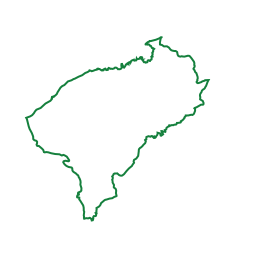 Bazartete, Liquica, East Timor, rotated 339°
{"feature_id": "22284137B77878310699205", "entity_name": "Bazartete", "entity_type": "district", "adm_level": 2, "iso_a3": "TLS", "parent_name": "East Timor", "parent_adm1": "Liquica", "projection": "mercator", "projection_center": [125.444, -8.63], "detail": "fine", "context": "isolated", "style": "outline", "palette": "green", "viewbox_px": 256, "rotation_deg": 339, "n_neighbors": 0, "source": "geoboundaries", "source_scale": "gbopen_adm2", "svg_char_len": 5742}
<svg xmlns="http://www.w3.org/2000/svg" viewBox="0 0 256 256"><g transform="rotate(339 128 128)"><path d="M192.3,54.6L191.9,55.1L190.5,55.2L189.9,55.5L185.8,55.6L180.4,55.0L179.3,54.5L178.6,55.0L177.2,54.9L174.7,55.8L174.4,56.3L174.6,56.5L175.7,56.7L176.2,57.2L176.9,57.1L177.3,57.6L177.8,57.9L178.0,59.1L178.8,59.7L179.0,61.8L180.1,62.5L180.8,63.5L179.5,64.1L178.9,65.6L178.5,65.7L178.1,66.4L177.6,66.6L177.8,67.0L177.3,67.8L177.3,68.3L176.4,69.1L176.5,69.6L175.7,69.8L175.9,70.1L175.5,70.1L175.6,70.4L175.1,71.0L174.8,72.1L174.4,72.5L173.4,72.6L172.7,73.0L172.5,73.3L172.3,73.2L171.7,72.2L171.1,72.0L170.1,72.6L169.6,73.5L167.9,73.3L167.6,72.6L166.6,72.4L166.4,72.1L166.4,70.9L166.0,70.5L165.8,69.7L165.8,69.4L166.2,69.3L165.7,69.1L165.5,68.6L166.5,67.2L166.3,66.8L165.1,66.3L164.3,66.6L163.9,67.5L161.9,67.2L161.1,66.9L161.0,66.3L160.3,67.5L160.1,67.6L160.0,67.3L159.2,67.6L158.1,67.4L158.0,66.4L157.5,66.6L156.9,66.3L155.5,66.4L154.5,66.9L154.2,67.4L153.9,67.1L153.7,67.2L153.6,67.4L153.7,67.6L153.5,67.8L153.5,67.6L153.0,67.4L152.9,67.1L152.1,67.1L151.4,67.7L151.4,68.1L151.3,68.4L151.2,68.2L150.8,68.2L150.7,67.7L150.5,67.8L150.5,67.6L150.1,67.7L150.1,68.2L150.0,67.7L148.9,68.2L148.7,68.1L147.2,69.6L146.6,69.6L146.0,70.2L145.6,69.9L145.7,68.6L145.3,67.8L145.5,67.4L145.3,66.7L145.0,66.3L145.2,66.0L144.9,65.9L144.3,66.9L144.0,68.0L143.9,69.0L143.7,69.3L144.0,69.2L143.9,69.4L142.5,70.2L141.4,70.2L139.7,69.5L139.6,68.9L138.8,67.6L137.7,67.0L137.2,67.0L136.3,67.4L134.7,67.3L133.2,66.4L132.6,66.4L132.1,65.5L131.5,65.0L130.5,65.6L130.0,66.5L128.9,66.3L128.4,66.0L128.4,64.9L128.1,64.4L127.0,64.4L126.4,64.6L126.0,65.3L125.3,65.3L125.1,65.2L125.2,64.8L124.9,64.6L124.2,64.9L123.9,64.7L122.6,62.7L121.9,62.6L121.5,62.0L121.2,62.1L120.8,61.7L120.5,61.7L120.2,62.3L119.9,62.4L118.4,62.1L115.3,62.1L114.3,61.9L114.0,61.4L112.7,60.4L112.2,60.9L110.3,61.3L107.8,61.3L104.2,62.3L100.3,62.4L95.9,62.9L94.7,62.8L92.4,63.2L88.6,63.0L84.0,65.1L81.6,65.3L79.5,66.1L74.9,69.5L73.8,70.7L71.6,71.7L70.5,71.7L70.3,72.1L69.9,72.3L69.2,72.2L68.7,71.7L68.2,71.7L67.8,72.5L67.4,72.8L67.6,73.4L67.3,73.7L65.3,74.8L59.7,75.6L53.6,78.0L49.1,78.1L47.2,79.1L45.4,80.5L43.1,81.7L40.6,82.1L36.6,82.0L36.8,83.6L35.9,90.8L35.8,93.6L36.4,98.3L36.4,101.9L35.6,104.4L35.8,105.1L36.5,106.1L37.6,106.9L38.0,107.5L38.2,108.3L37.6,109.7L36.7,110.7L36.7,111.9L37.0,112.3L38.3,112.8L40.1,116.0L41.0,118.0L40.9,120.4L41.5,120.9L43.1,121.2L44.8,122.1L47.2,124.0L50.7,126.2L54.6,128.0L56.3,129.9L56.7,130.0L57.9,129.9L58.9,130.7L60.6,132.8L61.4,136.3L61.5,137.0L61.3,137.5L61.0,137.7L60.4,137.7L57.8,136.1L56.0,136.0L55.3,136.7L55.5,138.1L55.8,139.2L56.9,141.3L58.6,143.1L61.2,144.7L61.5,145.6L60.9,147.8L61.1,148.8L61.7,149.9L63.0,151.6L63.9,153.6L64.4,154.2L64.5,154.7L64.4,156.3L64.7,157.7L64.7,160.1L64.3,161.7L63.2,163.9L63.0,167.4L62.2,169.2L62.0,169.7L61.0,170.3L58.5,170.4L58.0,170.8L57.9,171.1L58.5,172.0L58.3,172.6L57.9,172.7L57.1,172.5L56.5,172.9L55.9,173.7L55.7,174.5L56.0,174.8L57.0,175.0L57.6,175.5L56.9,177.2L57.3,178.5L58.4,184.2L58.1,186.4L57.1,189.3L57.1,190.5L55.4,193.7L55.1,195.3L54.6,196.2L54.6,197.0L56.7,197.2L58.4,198.1L60.0,198.1L60.4,198.4L61.2,200.1L61.0,201.3L62.0,201.5L62.3,201.3L62.5,200.4L62.8,200.6L63.2,200.0L63.5,198.8L64.5,198.0L66.1,198.6L66.7,198.4L67.3,197.4L67.3,196.7L67.5,196.9L68.2,196.3L68.0,195.3L68.6,194.7L69.0,193.6L69.5,192.9L69.9,191.4L72.6,191.0L73.5,190.6L74.8,189.8L75.8,188.6L76.2,188.4L80.2,187.0L81.2,186.9L82.2,187.1L85.5,187.3L88.2,187.9L90.5,187.4L92.3,187.5L93.0,187.3L93.4,184.5L94.5,182.3L94.7,180.8L94.5,180.0L93.6,178.7L93.5,178.1L94.5,176.2L94.1,173.4L94.6,172.0L94.7,170.6L95.3,170.2L96.0,169.0L95.9,167.5L96.8,167.2L98.0,165.9L98.5,165.7L98.9,165.8L99.5,165.7L100.4,166.2L101.7,166.5L102.8,168.7L103.8,169.7L105.2,170.3L105.9,170.2L107.7,169.7L111.1,167.7L114.3,166.1L118.1,164.8L119.1,163.9L121.2,162.6L121.3,161.1L122.3,159.9L124.8,159.5L127.5,157.7L129.7,153.6L130.2,152.4L130.8,151.6L132.2,150.9L133.1,150.8L134.9,150.1L136.4,149.2L138.6,148.3L139.8,146.9L139.6,145.3L139.8,145.2L140.8,145.3L141.1,145.1L141.1,144.7L142.0,143.0L144.2,143.0L145.1,143.7L145.7,143.8L146.0,144.2L147.3,144.0L147.8,144.4L148.2,145.8L148.5,146.1L148.9,145.4L149.5,145.2L149.9,145.9L148.9,146.3L148.8,146.6L149.6,146.9L150.6,146.6L151.1,145.9L152.3,145.3L153.1,144.7L153.7,143.7L153.9,143.0L156.4,144.8L155.8,145.9L155.8,146.8L156.2,147.1L158.5,146.5L158.1,142.9L158.7,143.0L159.5,144.2L160.4,144.2L161.4,145.0L161.6,144.9L161.6,143.1L163.2,143.0L164.1,141.6L165.8,141.1L166.7,141.2L167.1,140.9L167.3,140.3L167.9,140.4L168.1,141.0L170.1,141.0L171.1,141.6L172.4,141.5L174.0,142.0L174.6,141.8L175.5,140.8L176.6,141.2L179.0,141.7L179.7,141.2L179.8,140.6L180.6,140.4L181.0,140.5L183.1,139.7L183.7,139.0L184.5,138.8L184.9,138.0L186.1,137.6L186.4,137.0L188.8,137.9L191.9,138.3L192.7,138.9L193.9,138.7L194.7,138.3L196.8,136.0L197.4,134.3L197.0,133.4L197.3,133.2L199.5,133.2L204.6,132.4L206.3,133.1L206.9,132.9L207.5,131.8L207.5,129.6L205.6,127.1L206.6,125.0L206.7,123.8L207.2,122.7L208.0,121.8L209.4,120.9L210.4,119.6L211.8,119.0L213.0,118.8L213.9,118.4L215.3,117.1L215.9,116.8L218.8,113.5L220.4,112.1L217.1,111.0L216.6,111.3L214.0,111.1L213.0,111.4L209.9,111.3L209.2,111.1L208.7,110.6L208.5,109.6L209.9,108.4L210.0,107.7L210.8,106.8L211.3,105.3L211.5,101.2L210.8,99.9L210.8,97.8L210.3,96.5L210.4,96.0L211.8,95.0L212.3,94.4L212.6,93.5L212.4,93.0L213.2,91.2L213.3,89.7L212.3,85.7L211.4,83.1L211.0,82.6L209.8,82.0L206.3,81.6L204.6,80.8L204.0,80.3L202.4,80.1L201.4,79.4L200.8,78.7L200.6,77.3L201.1,74.7L200.6,73.8L199.9,73.1L198.8,72.7L197.2,71.7L196.3,70.9L195.7,69.8L195.0,67.5L193.6,65.7L190.8,64.7L189.4,62.6L188.1,61.8L187.8,61.5L188.5,59.5L190.8,55.8L191.9,55.4L192.3,54.6Z" fill="none" stroke="#15803d" stroke-width="2"/></g></svg>